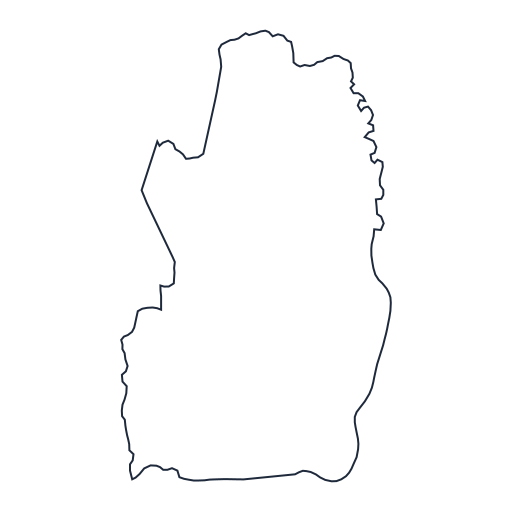 the district of Imaruí, Santa Catarina, Brazil
{"feature_id": "56859067B62277062400963", "entity_name": "Imaruí", "entity_type": "district", "adm_level": 2, "iso_a3": "BRA", "parent_name": "Brazil", "parent_adm1": "Santa Catarina", "projection": "equal_earth", "projection_center": [-48.829, -28.216], "detail": "fine", "context": "isolated", "style": "outline", "palette": "slate", "viewbox_px": 512, "rotation_deg": 0, "n_neighbors": 0, "source": "geoboundaries", "source_scale": "gbopen_adm2", "svg_char_len": 2826}
<svg xmlns="http://www.w3.org/2000/svg" viewBox="0 0 512 512"><path d="M122.1,416.2L124.8,419.7L125.4,425.7L126.1,430.1L127.1,435.2L128.2,439.4L129.2,444.1L129.4,450.3L133.5,454.2L132.7,460.4L130.0,464.3L130.0,470.6L132.2,479.3L135.6,477.6L139.6,474.0L144.2,468.4L150.6,465.4L156.4,465.7L160.0,467.1L163.2,469.8L167.4,469.8L172.0,468.2L177.4,470.6L179.4,477.2L184.0,478.8L188.2,479.6L193.5,480.5L198.9,480.5L204.5,480.3L209.7,479.6L214.6,479.4L225.0,479.1L236.2,479.3L243.6,479.4L295.1,474.3L298.9,472.3L302.8,470.8L306.3,471.1L310.7,472.0L315.9,474.4L320.1,477.4L325.2,479.9L331.6,481.3L336.5,481.1L341.3,479.3L346.0,476.2L349.1,472.7L351.5,468.7L353.9,463.2L356.6,457.2L358.1,449.2L358.4,443.8L357.9,438.6L356.6,432.3L355.5,426.7L354.8,422.3L354.8,416.9L356.6,412.1L359.7,408.0L364.9,401.3L369.4,393.8L371.9,387.7L373.3,382.1L374.2,377.5L375.7,370.6L377.2,364.0L378.7,359.3L380.7,352.9L383.1,345.3L384.6,339.2L386.0,333.9L387.1,329.0L388.1,323.8L389.3,317.9L390.4,310.9L390.8,302.8L390.4,297.3L388.8,292.7L386.7,288.7L382.4,283.4L378.7,279.9L375.3,274.6L373.4,268.1L372.5,263.1L371.4,255.6L371.3,248.8L371.7,244.1L373.6,236.3L374.2,229.3L380.8,230.0L383.7,223.4L381.1,216.6L377.1,214.1L376.6,206.8L375.9,199.4L381.3,198.8L383.3,194.9L383.3,189.8L380.0,185.3L379.7,179.0L381.5,172.0L382.8,166.8L382.4,162.1L377.5,159.7L374.6,163.0L371.5,160.4L370.5,154.6L374.6,152.9L376.4,147.1L373.5,141.0L369.1,139.0L364.7,137.1L368.7,132.4L373.5,130.9L373.1,125.3L368.3,123.4L371.3,120.0L373.0,115.0L371.1,110.2L368.0,106.6L364.0,107.7L361.1,111.0L357.8,105.5L360.0,100.2L365.1,101.0L362.9,96.5L358.3,93.2L353.6,93.2L350.5,88.0L354.1,84.3L351.0,81.4L352.8,77.7L352.5,72.6L351.0,68.3L350.7,63.1L347.9,60.5L343.5,59.0L338.8,56.0L334.6,55.8L331.3,57.5L327.1,58.2L322.7,61.1L317.3,62.1L314.1,64.8L309.9,66.0L304.6,65.0L300.1,66.5L296.8,65.0L293.6,62.4L293.3,53.1L292.1,46.3L291.1,41.9L287.3,40.6L283.5,35.8L278.0,34.3L272.7,36.3L268.9,32.1L265.4,30.7L260.6,31.4L255.8,33.3L252.6,34.1L249.1,35.1L245.7,33.3L242.0,35.8L238.5,38.4L234.6,39.7L230.4,40.1L226.7,41.9L221.5,44.6L218.8,49.2L219.5,54.6L220.6,59.4L221.2,66.8L216.8,92.1L215.0,100.9L203.3,153.8L198.0,157.3L193.1,157.7L189.7,158.5L186.0,158.8L183.0,154.4L179.5,151.5L175.4,149.2L173.4,143.9L168.2,140.7L162.8,142.7L159.5,145.8L157.3,141.5L141.6,190.2L146.9,203.2L172.6,257.0L174.8,262.0L174.1,268.1L174.5,272.6L174.1,278.2L173.8,283.4L168.8,286.5L164.1,286.6L160.4,285.5L160.5,290.4L161.1,296.0L161.1,303.4L161.1,309.7L157.1,308.2L152.7,307.5L147.3,307.8L142.3,308.7L137.8,311.2L136.5,317.1L135.2,323.2L134.2,327.7L132.0,331.9L127.9,335.0L123.9,336.6L121.2,339.9L122.5,344.6L122.4,349.2L124.6,353.1L125.4,359.4L127.6,366.0L125.9,371.3L121.9,374.8L122.5,381.6L126.7,386.2L126.3,393.3L124.5,399.7L122.5,404.7L121.8,410.6L122.1,416.2Z" fill="none" stroke="#1e293b" stroke-width="2"/></svg>